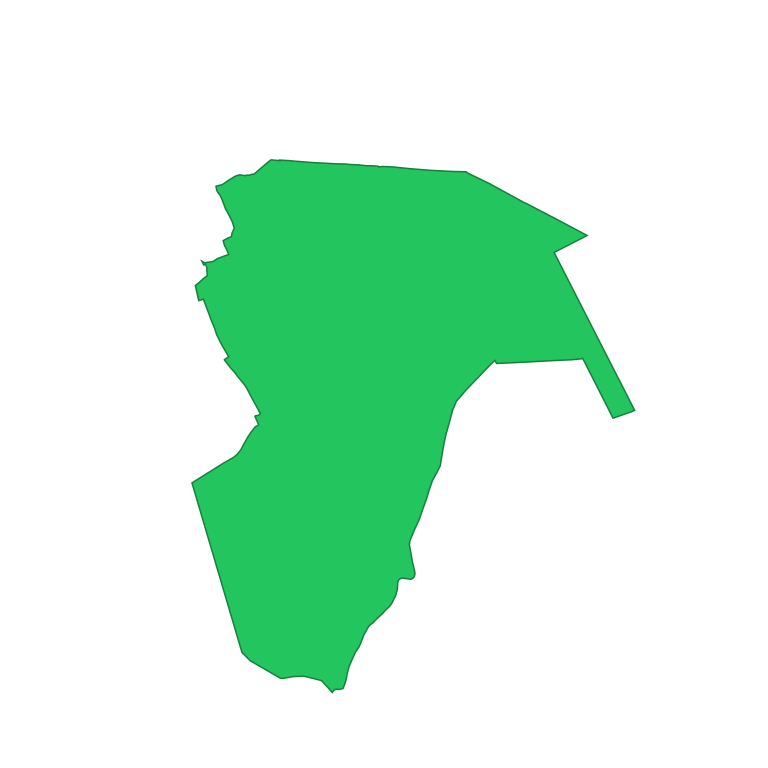 outline of San Pedro Comitancillo, Oaxaca, Mexico, rotated 333°
{"feature_id": "50627088B8871581884513", "entity_name": "San Pedro Comitancillo", "entity_type": "district", "adm_level": 2, "iso_a3": "MEX", "parent_name": "Mexico", "parent_adm1": "Oaxaca", "projection": "equal_earth", "projection_center": [-95.171, 16.462], "detail": "fine", "context": "isolated", "style": "filled", "palette": "green", "viewbox_px": 768, "rotation_deg": 333, "n_neighbors": 0, "source": "geoboundaries", "source_scale": "gbopen_adm2", "svg_char_len": 2883}
<svg xmlns="http://www.w3.org/2000/svg" viewBox="0 0 768 768"><g transform="rotate(333 384 384)"><path d="M193.6,619.8L196.8,631.2L197.9,635.4L199.8,634.3L202.4,634.0L205.7,636.0L209.3,636.7L213.5,632.9L216.3,629.9L219.7,625.4L224.6,619.9L236.3,610.3L242.1,607.1L245.4,604.5L252.2,598.4L252.4,598.1L254.5,597.0L256.5,595.5L258.7,594.0L261.1,592.7L263.8,592.1L266.1,591.7L268.8,590.6L271.5,589.8L273.7,589.2L276.5,588.4L279.1,587.7L281.3,586.7L283.6,585.9L286.3,585.2L288.8,584.3L291.6,582.9L295.6,579.7L297.7,578.5L301.0,574.8L302.0,573.8L303.1,572.5L304.5,569.9L306.1,567.1L308.2,565.1L311.2,564.8L314.2,566.6L316.5,568.2L319.3,570.2L321.7,570.2L323.4,569.5L325.4,567.3L326.5,564.2L328.7,554.8L331.6,545.7L333.5,539.0L335.8,535.5L341.1,531.0L346.2,526.7L353.8,520.8L362.1,512.8L369.6,505.8L376.4,498.7L383.6,491.8L390.4,487.3L397.0,482.4L407.7,467.8L414.8,458.8L419.0,454.2L423.6,449.2L428.9,443.3L433.3,438.5L440.5,432.3L446.8,429.8L454.1,426.7L488.2,414.9L493.5,413.3L493.6,416.8L518.3,428.0L549.5,441.8L562.4,447.7L571.6,451.3L572.7,451.3L572.6,506.1L572.5,518.4L592.2,521.1L595.4,521.3L595.3,462.9L595.3,344.0L632.4,343.9L611.1,313.5L592.4,287.3L591.7,286.6L590.2,284.5L569.0,253.4L554.5,234.3L553.7,232.6L553.5,232.2L540.6,225.2L523.1,215.1L505.0,204.0L492.4,195.9L491.2,195.0L490.9,194.9L489.1,193.9L487.6,193.0L485.9,192.0L485.6,191.8L483.9,190.9L480.9,189.3L478.7,188.6L478.3,188.4L477.9,188.4L477.9,187.8L477.7,187.3L477.2,187.0L472.5,184.2L467.5,181.6L461.0,177.3L454.2,173.5L449.6,170.5L443.6,167.3L436.1,163.1L432.7,161.0L430.3,159.7L428.0,158.4L425.9,157.2L422.3,155.1L405.6,144.9L400.9,141.9L395.1,138.5L392.7,137.1L392.6,137.4L392.6,137.7L385.1,133.0L381.6,133.6L363.4,138.0L361.2,137.0L359.8,137.0L358.6,136.7L356.1,135.4L355.3,135.6L350.2,132.0L345.6,131.3L338.2,131.9L330.4,132.9L324.1,131.5L323.9,132.0L323.0,135.2L322.8,137.2L323.6,141.2L323.4,146.2L322.7,152.9L322.2,156.4L322.3,157.3L322.5,157.8L322.5,163.3L322.5,167.7L322.4,171.1L321.6,175.6L321.5,177.1L317.4,180.2L314.9,183.4L311.0,183.1L305.8,183.2L304.6,189.0L304.9,189.6L304.8,193.8L304.4,198.1L300.3,197.5L292.2,196.6L287.5,197.3L279.3,194.6L277.5,191.9L277.5,196.2L278.6,196.2L279.1,196.2L279.1,200.0L278.1,201.5L275.8,207.3L271.1,208.0L267.4,209.1L266.9,209.3L260.6,210.6L256.8,225.6L261.6,226.5L260.8,233.4L259.8,242.5L259.1,248.3L259.0,248.9L258.5,256.4L257.4,263.4L257.3,264.0L257.2,275.8L258.0,289.2L253.0,289.8L252.7,290.0L254.7,300.5L255.9,304.7L256.6,308.1L257.2,311.9L259.3,321.1L259.8,326.1L259.9,336.5L260.2,345.8L260.3,354.3L258.5,354.8L257.4,354.8L255.0,353.9L254.3,354.4L253.9,362.3L253.6,363.3L252.9,363.8L250.3,363.6L248.9,364.1L242.6,367.1L238.8,369.3L230.3,374.9L226.5,377.7L221.3,380.0L216.1,381.1L205.3,381.6L168.0,384.9L135.6,558.6L139.1,569.8L158.2,599.3L160.4,600.5L169.4,603.2L169.8,603.3L179.8,607.8L193.6,619.8Z" fill="#22c55e" stroke="#15803d" stroke-width="1.5"/></g></svg>